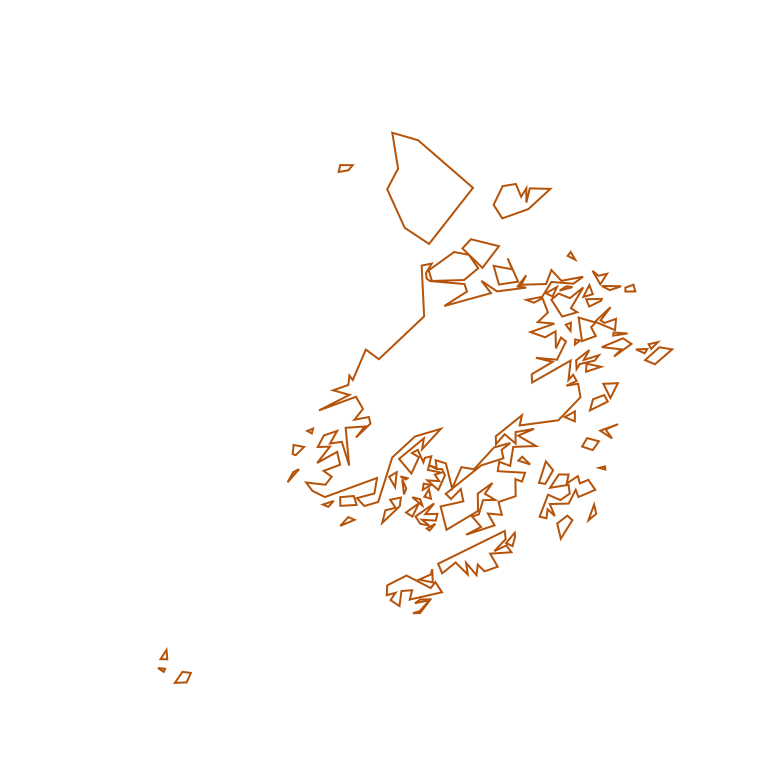 Cat Hai, Quảng Ninh, Vietnam, rotated 76°
{"feature_id": "81297802B5756602808944", "entity_name": "Cat Hai", "entity_type": "district", "adm_level": 2, "iso_a3": "VNM", "parent_name": "Vietnam", "parent_adm1": "Quảng Ninh", "projection": "equal_earth", "projection_center": [107.044, 20.763], "detail": "fine", "context": "isolated", "style": "outline", "palette": "amber", "viewbox_px": 768, "rotation_deg": 76, "n_neighbors": 0, "source": "geoboundaries", "source_scale": "gbopen_adm2", "svg_char_len": 6225}
<svg xmlns="http://www.w3.org/2000/svg" viewBox="0 0 768 768"><g transform="rotate(76 384 384)"><path d="M328.1,164.9L326.8,186.9L313.9,194.0L326.2,202.5L320.9,226.8L312.9,219.7L321.6,230.6L324.9,222.7L321.5,251.9L307.4,264.5L321.7,258.2L322.9,306.7L314.4,281.1L306.5,281.7L295.3,314.4L292.1,317.1L286.5,316.4L278.7,308.5L278.2,318.8L328.1,328.7L358.7,383.0L346.2,393.3L372.6,413.3L367.4,415.5L376.3,418.8L377.8,434.9L386.2,420.1L393.9,453.5L389.6,414.3L403.1,410.4L411.5,421.4L412.4,406.7L419.1,406.7L429.2,424.2L420.6,412.9L417.2,431.8L454.7,437.5L429.9,438.9L428.7,450.8L418.2,440.8L419.4,454.8L429.1,463.5L431.7,451.6L444.5,468.0L438.5,445.9L451.7,446.1L453.7,463.6L461.3,457.2L467.6,465.2L460.7,483.4L470.4,479.3L479.4,468.7L473.5,413.5L487.9,419.8L488.2,437.9L497.6,432.6L497.1,418.2L457.3,393.8L442.4,366.6L441.3,339.8L456.5,362.8L446.4,358.5L460.3,387.5L477.5,379.1L463.5,367.7L457.8,373.6L456.0,367.2L469.5,364.7L465.5,362.3L465.6,355.6L478.0,362.2L483.9,349.9L484.3,356.6L491.6,353.9L488.0,365.2L500.0,356.9L487.3,346.9L480.6,348.3L479.2,353.7L473.9,359.7L478.1,353.2L470.4,352.3L476.0,343.2L501.9,343.2L483.4,329.0L488.5,317.3L472.2,292.6L471.8,275.8L476.3,285.8L485.0,286.1L486.5,309.4L505.5,350.7L511.9,346.7L504.5,334.9L517.1,335.4L516.5,358.7L540.6,358.6L529.9,323.4L513.1,319.6L506.3,302.8L514.9,312.7L523.4,304.1L520.7,316.0L533.4,323.5L534.0,330.5L546.2,324.4L550.1,340.8L547.9,310.9L534.8,314.5L539.5,301.3L526.2,301.4L524.7,283.4L508.1,279.5L512.1,273.8L504.3,268.6L496.1,294.7L487.4,291.0L494.0,281.4L476.3,273.8L481.0,251.4L466.6,266.4L463.8,249.2L462.5,268.0L473.5,270.7L461.9,279.1L469.5,289.9L461.8,288.2L447.7,257.7L457.0,262.4L461.4,223.6L444.4,196.6L430.7,195.6L429.8,207.5L427.7,196.4L420.8,198.2L424.7,204.0L406.4,197.2L418.4,239.9L410.3,238.3L403.3,215.1L395.3,230.3L402.3,210.3L386.8,197.1L381.8,201.0L391.0,208.6L374.4,204.8L377.7,216.3L369.1,229.3L366.6,204.1L361.2,219.8L354.2,207.6L339.1,209.5L341.4,218.8L336.8,225.5L337.7,209.5L325.5,196.8L332.5,176.0L328.1,164.9ZM142.2,315.2L178.4,318.2L195.8,333.8L237.5,326.1L259.0,306.4L215.2,250.2L155.8,291.9L142.2,315.2ZM578.1,301.1L570.2,304.3L572.9,317.4L564.0,303.5L555.8,302.4L571.5,374.9L581.8,373.4L574.5,357.7L589.1,348.8L577.4,347.6L591.8,340.5L582.0,336.7L590.1,331.8L588.8,317.9L574.3,322.0L578.1,301.1ZM249.2,201.5L234.9,175.4L229.5,195.2L242.4,202.0L228.5,198.5L235.5,205.6L221.8,207.7L220.7,221.0L236.7,234.3L251.9,229.2L249.2,201.5ZM302.5,281.1L294.5,264.6L279.3,270.3L272.9,284.0L284.5,313.1L295.6,312.6L302.5,281.1ZM600.1,378.1L588.6,382.1L593.3,388.0L575.3,408.5L580.2,429.6L589.6,432.5L589.4,423.3L595.3,429.9L603.2,422.7L589.1,417.1L590.9,406.6L599.4,411.2L600.1,378.1ZM537.8,204.6L526.4,208.9L527.8,218.0L520.3,218.2L524.8,230.8L516.5,226.8L514.1,236.2L524.9,248.0L526.5,229.3L535.3,230.3L539.3,241.0L531.1,251.6L550.4,265.1L553.6,258.8L545.1,255.6L553.4,250.2L540.6,252.2L544.7,233.7L533.1,223.6L540.7,222.7L537.8,204.6ZM295.1,260.4L278.1,239.1L264.6,264.6L271.4,275.1L295.1,260.4ZM387.6,146.8L376.9,143.1L378.1,155.2L374.7,158.4L364.2,145.5L375.0,164.8L366.6,179.1L390.3,181.5L388.7,166.9L379.0,169.3L375.3,163.3L387.6,146.8ZM338.5,167.3L345.7,182.8L338.5,192.7L342.7,201.2L361.7,194.8L361.1,179.2L355.7,184.3L338.5,167.3ZM317.1,229.1L291.9,233.6L303.7,231.9L295.9,249.0L315.3,248.4L317.1,229.1ZM512.0,364.2L520.1,385.4L528.4,382.7L532.4,374.3L524.9,380.0L529.1,366.8L522.9,363.6L520.3,375.4L512.0,364.2ZM405.0,134.2L397.5,141.0L400.9,163.8L407.8,145.3L413.0,154.2L405.0,134.2ZM430.4,116.3L420.1,96.0L415.0,107.9L424.0,124.9L430.4,116.3ZM508.6,240.8L498.3,245.7L517.5,257.5L519.9,251.7L508.6,240.8ZM412.3,174.0L408.1,168.5L409.0,184.3L400.7,176.6L407.6,191.9L416.1,193.5L412.0,189.2L412.3,174.0ZM455.2,171.1L448.0,173.0L449.4,184.9L459.4,190.5L455.2,171.1ZM576.9,249.9L561.7,234.2L556.1,238.0L561.3,249.7L576.9,249.9ZM498.3,395.1L497.8,406.0L506.9,402.7L506.9,413.2L518.4,419.4L506.3,398.2L498.3,395.1ZM452.4,167.7L439.8,156.9L436.9,171.1L452.4,167.7ZM481.7,180.0L479.6,166.6L481.6,185.5L491.9,175.9L481.7,180.0ZM491.6,189.3L485.6,200.0L492.6,206.9L498.6,197.5L491.6,189.3ZM341.6,149.0L347.6,142.1L346.5,130.2L341.6,149.0ZM625.8,647.7L617.6,641.3L614.6,649.2L623.4,659.2L625.8,647.7ZM494.7,439.8L485.4,440.4L483.2,453.9L491.7,455.8L494.7,439.8ZM425.7,476.8L421.3,486.5L430.0,489.5L431.7,486.9L425.7,476.8ZM514.0,393.7L519.5,388.5L508.3,379.1L514.0,393.7ZM331.0,140.9L330.9,149.7L324.6,154.3L339.6,150.0L331.0,140.9ZM459.8,216.6L466.4,207.9L456.8,205.4L459.8,216.6ZM167.3,376.7L168.0,366.9L164.1,361.5L161.0,373.5L167.3,376.7ZM486.7,398.2L472.7,393.0L475.2,401.5L486.7,398.2ZM588.3,384.7L575.4,382.0L580.2,384.8L582.3,397.3L588.3,384.7ZM339.9,199.3L331.7,192.7L335.1,204.9L339.9,199.3ZM421.0,185.0L419.8,169.2L413.3,182.6L421.0,185.0ZM615.0,404.5L603.6,390.1L613.0,404.4L613.4,411.4L615.0,404.5ZM490.8,272.2L497.4,261.7L488.0,267.5L490.8,272.2ZM572.4,298.5L563.9,293.8L560.0,293.2L567.8,304.0L572.4,298.5ZM355.0,117.8L348.0,117.9L348.9,126.5L352.7,127.4L355.0,117.8ZM358.5,166.2L355.7,153.3L354.1,152.1L350.7,167.3L358.5,166.2ZM561.3,209.5L551.8,209.3L565.7,218.6L561.3,209.5ZM604.2,407.0L604.8,393.1L603.8,392.8L601.8,400.8L604.2,407.0ZM490.7,387.7L480.9,389.4L496.0,391.3L490.7,387.7ZM506.7,366.2L497.0,365.8L503.1,372.1L506.7,366.2ZM537.2,375.3L532.1,368.0L534.6,377.4L537.2,375.3ZM414.6,116.2L409.6,108.1L409.4,117.6L414.6,116.2ZM335.9,191.1L335.6,177.6L333.3,183.3L335.9,191.1ZM504.5,376.8L500.7,384.0L511.2,376.2L504.5,376.8ZM456.1,501.4L446.1,487.0L447.5,493.3L456.1,501.4ZM392.5,149.9L393.9,135.4L389.6,148.8L392.5,149.9ZM511.1,460.7L508.7,445.4L504.5,450.9L511.1,460.7ZM411.4,131.2L417.3,123.6L413.7,120.1L411.4,131.2ZM377.6,190.2L369.7,187.8L370.6,193.3L377.6,190.2ZM347.7,169.5L347.4,159.7L337.7,160.8L347.7,169.5ZM309.6,168.4L301.1,170.9L304.1,174.8L309.6,168.4ZM598.7,660.9L589.5,659.4L596.9,667.4L598.7,660.9ZM604.9,672.0L610.0,667.4L607.4,665.3L604.9,672.0ZM386.9,187.7L391.9,189.2L389.3,183.3L386.9,187.7ZM481.1,383.9L477.6,390.5L482.0,385.9L481.1,383.9ZM496.1,372.0L493.4,363.0L490.2,369.6L496.1,372.0ZM489.7,467.8L485.3,461.1L486.2,472.4L489.7,467.8ZM517.4,189.6L517.4,195.5L520.5,189.9L517.4,189.6ZM411.0,469.8L414.5,466.0L410.1,463.7L411.0,469.8Z" fill="none" stroke="#b45309" stroke-width="2"/></g></svg>